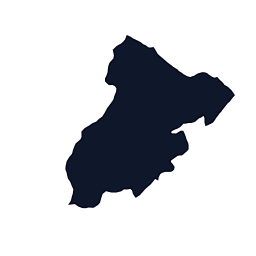 Kormakitis, Cyprus, rotated 130°
{"feature_id": "46923920B82125334474321", "entity_name": "Kormakitis", "entity_type": "district", "adm_level": 2, "iso_a3": "CYP", "parent_name": "Cyprus", "parent_adm1": "", "projection": "robinson", "projection_center": [32.97, 35.339], "detail": "fine", "context": "isolated", "style": "filled", "palette": "ink", "viewbox_px": 256, "rotation_deg": 130, "n_neighbors": 0, "source": "geoboundaries", "source_scale": "gbopen_adm2", "svg_char_len": 2571}
<svg xmlns="http://www.w3.org/2000/svg" viewBox="0 0 256 256"><g transform="rotate(130 128 128)"><path d="M160.4,160.6L164.5,157.1L167.1,156.4L169.2,156.7L173.5,157.4L176.9,156.4L179.9,155.3L183.5,153.6L187.8,153.6L192.6,152.9L197.1,150.6L199.5,148.7L200.9,146.1L202.6,144.0L204.7,141.2L205.6,137.5L207.1,134.9L208.3,132.6L209.4,130.0L213.5,127.4L216.3,126.3L218.5,125.1L220.9,124.2L223.7,123.9L219.7,120.2L219.4,115.8L218.0,111.8L216.1,109.4L213.7,107.6L212.5,106.0L210.9,103.8L206.1,102.2L203.3,102.2L199.2,104.1L194.9,105.9L189.9,104.8L188.7,102.0L187.3,99.4L184.5,96.1L180.7,93.3L177.3,92.4L175.2,89.8L172.3,87.2L172.6,84.4L174.7,81.4L175.7,77.7L171.6,76.5L166.6,76.3L164.0,76.3L160.2,75.8L156.9,75.1L152.8,75.1L149.0,75.3L148.3,72.3L146.2,73.5L142.8,74.4L140.4,73.9L137.1,71.8L135.4,69.7L133.3,67.4L131.9,66.8L130.3,66.8L128.5,67.7L127.9,69.5L127.3,72.1L127.3,73.6L125.6,74.9L123.0,74.3L119.2,73.3L117.2,72.8L115.1,71.2L114.0,69.8L112.5,69.4L109.3,68.9L107.8,68.6L105.7,68.6L102.8,71.0L101.4,72.7L100.6,74.5L99.6,76.4L98.2,78.5L96.5,81.5L95.5,83.7L96.4,85.1L99.6,86.3L101.7,86.9L103.8,89.7L104.9,91.1L103.7,93.2L101.7,93.0L100.0,92.3L98.2,91.4L96.2,90.3L93.5,89.3L90.7,89.1L88.8,89.1L87.2,87.3L84.5,85.1L83.1,83.4L79.9,81.3L77.8,81.0L74.6,80.5L72.8,79.4L70.8,79.0L69.1,78.4L70.8,75.1L72.3,74.0L74.3,72.2L75.7,70.1L73.8,69.1L71.9,68.3L69.9,67.4L68.4,67.1L65.2,67.4L63.2,67.7L60.8,67.7L57.7,68.0L55.9,67.7L54.2,68.0L51.6,68.0L47.7,68.2L44.6,68.2L42.0,67.7L39.7,67.9L37.6,68.0L34.7,67.9L34.0,70.4L33.3,73.1L33.2,74.9L33.0,77.5L33.3,79.9L33.8,81.9L33.2,83.7L32.9,86.0L32.9,88.5L32.3,92.1L34.4,93.5L35.3,95.6L35.6,97.9L35.8,99.6L35.9,101.2L35.9,102.7L36.7,104.7L38.1,106.5L40.3,108.0L41.9,109.0L43.5,109.6L45.7,110.2L47.7,111.6L49.3,112.0L50.1,113.8L51.0,115.6L51.3,117.5L51.8,119.8L51.9,122.5L52.2,124.0L52.4,125.9L52.1,127.9L52.4,129.4L52.5,130.9L52.8,132.6L52.8,135.3L53.0,137.4L53.1,139.8L53.0,143.6L53.0,146.4L53.0,148.8L53.0,151.2L52.8,153.4L51.9,155.7L51.0,158.2L50.4,160.2L51.6,161.2L53.0,162.6L53.9,164.2L53.9,167.2L54.8,170.1L54.8,172.9L55.3,175.6L55.9,177.8L56.3,179.5L56.9,181.7L57.1,184.4L58.1,187.8L61.9,186.4L64.5,186.4L67.9,186.8L70.2,187.8L72.9,188.7L77.6,189.2L79.5,186.6L81.2,184.7L84.1,183.1L86.9,183.3L90.0,183.3L92.6,182.4L95.7,180.5L97.9,178.9L100.9,177.7L104.5,176.8L106.4,175.1L106.7,170.5L104.3,167.9L103.6,164.8L104.5,161.8L107.8,159.7L112.1,158.3L115.7,156.7L119.3,156.4L126.2,156.0L130.7,155.0L136.2,154.3L139.5,155.3L143.8,155.7L147.3,157.6L150.7,158.5L156.2,160.4L160.4,160.6Z" fill="#0f172a" stroke="#020617" stroke-width="1.5"/></g></svg>